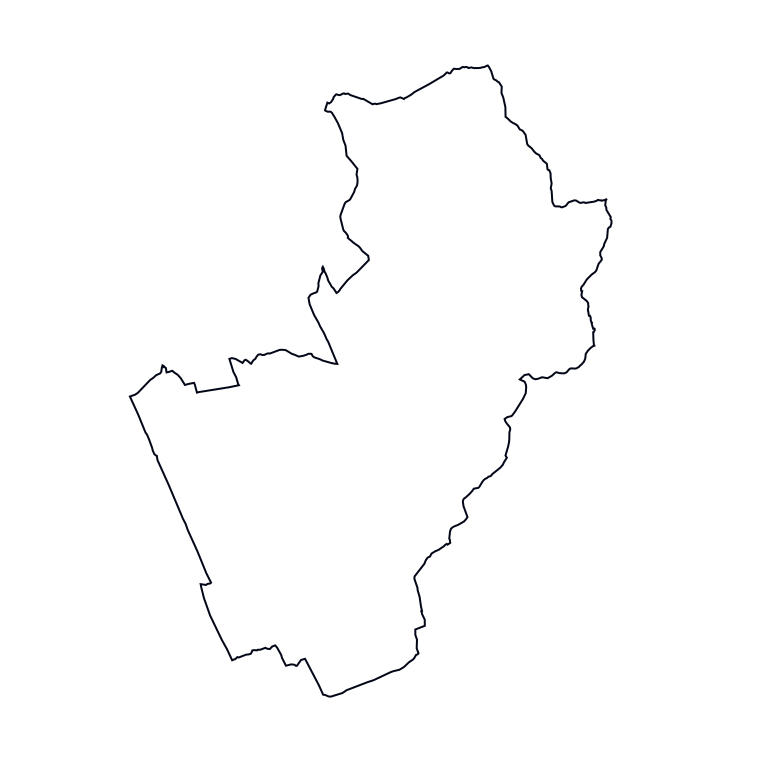 Margaritesti, Buzau, Romania (Robinson projection), rotated 80°
{"feature_id": "2599482B16167443688776", "entity_name": "Margaritesti", "entity_type": "district", "adm_level": 2, "iso_a3": "ROU", "parent_name": "Romania", "parent_adm1": "Buzau", "projection": "robinson", "projection_center": [26.823, 45.435], "detail": "fine", "context": "isolated", "style": "outline", "palette": "ink", "viewbox_px": 768, "rotation_deg": 80, "n_neighbors": 0, "source": "geoboundaries", "source_scale": "gbopen_adm2", "svg_char_len": 6122}
<svg xmlns="http://www.w3.org/2000/svg" viewBox="0 0 768 768"><g transform="rotate(80 384 384)"><path d="M352.2,636.4L371.8,631.3L390.4,627.3L392.6,626.2L397.7,625.0L406.9,623.4L409.4,623.3L413.2,622.3L414.6,621.2L415.3,620.2L419.5,620.3L445.4,613.7L481.7,605.4L487.5,603.6L493.4,602.7L516.4,596.8L539.6,591.8L549.6,588.8L550.3,589.9L550.2,592.4L551.0,594.1L549.3,599.3L552.3,599.3L563.5,598.5L581.6,595.5L608.0,588.1L617.8,584.7L629.7,581.5L628.9,577.9L627.5,575.9L628.1,574.5L626.6,566.8L626.8,564.6L626.6,562.2L625.6,561.2L623.5,559.9L623.5,558.1L624.3,555.2L623.8,554.5L624.2,552.0L623.2,546.6L624.4,545.1L625.2,542.5L623.1,539.6L622.5,536.6L624.9,535.1L632.9,532.3L636.0,532.0L644.4,529.5L644.0,524.1L644.9,521.0L646.4,519.5L646.3,518.6L641.4,513.7L640.9,509.5L669.5,500.4L679.4,497.9L680.0,496.0L681.9,493.1L682.5,491.6L682.6,490.2L681.1,478.5L679.0,473.9L674.8,452.1L673.9,445.8L668.9,427.4L668.4,424.3L668.1,418.5L666.6,414.5L665.7,412.7L662.4,407.8L660.4,403.4L659.4,402.0L656.4,399.5L656.1,397.9L655.2,396.8L650.0,397.7L641.5,395.9L636.5,396.7L631.2,395.8L629.2,385.8L623.2,384.8L617.8,386.3L614.3,386.7L614.3,386.0L609.5,386.2L599.8,385.9L592.7,386.7L590.9,386.4L581.1,387.9L578.8,387.3L568.0,375.4L564.9,373.5L562.5,371.1L561.9,368.7L559.2,366.6L557.6,362.5L556.8,359.0L554.1,353.1L553.0,351.6L552.4,349.9L553.2,349.3L552.0,346.4L548.8,346.2L547.6,346.6L540.8,344.6L538.2,343.2L537.1,341.5L536.4,339.4L535.6,335.5L533.3,329.1L531.3,326.5L529.5,324.9L518.3,326.9L513.6,326.8L512.2,326.3L510.9,325.3L509.7,322.9L507.1,318.8L504.8,315.9L502.7,313.7L502.6,309.1L502.1,308.2L497.3,304.0L495.8,302.3L495.0,300.8L494.5,298.9L493.5,297.3L493.1,294.7L491.6,293.1L486.6,284.0L484.1,280.9L482.2,279.7L477.9,275.8L475.6,276.8L467.1,272.6L463.6,271.2L460.7,270.3L453.5,268.9L450.4,267.5L448.6,267.5L444.1,270.0L441.8,271.0L439.4,271.3L438.0,268.2L437.8,264.5L437.3,263.3L434.0,259.8L422.8,249.7L417.6,246.0L411.7,244.5L409.1,244.4L406.2,245.1L403.1,249.5L399.6,244.1L399.5,240.1L399.5,239.7L404.0,236.6L405.0,235.3L405.6,234.1L405.6,231.5L404.8,227.1L406.7,221.9L405.1,217.3L402.6,213.3L402.4,212.0L403.8,209.2L404.8,205.0L404.3,202.3L401.6,199.0L401.2,198.0L401.1,197.0L402.0,193.2L402.0,191.8L401.0,189.0L399.9,187.7L399.1,186.1L396.7,183.2L394.0,181.4L389.4,180.1L386.7,177.5L384.5,174.5L383.0,171.6L382.8,170.2L382.0,170.5L377.0,170.1L369.3,169.0L369.2,168.3L368.2,167.7L367.8,167.2L366.2,167.0L365.9,167.2L365.9,168.4L360.5,169.0L359.7,168.5L358.8,169.2L356.5,169.3L354.7,168.9L352.6,169.3L352.6,170.1L351.7,170.4L347.8,170.2L347.4,170.5L344.5,169.8L343.4,169.1L342.0,169.2L339.7,168.9L337.5,169.9L332.8,174.0L330.5,174.1L326.9,172.7L326.5,173.6L324.1,173.4L322.6,172.5L321.0,170.4L316.3,166.2L312.3,160.5L310.5,156.9L309.6,155.7L308.9,155.1L302.9,151.8L299.6,148.1L298.1,147.7L294.8,148.7L291.6,148.1L286.5,143.6L284.5,142.9L278.8,138.9L270.2,136.6L269.1,135.5L268.4,133.7L265.3,132.1L262.7,131.6L260.7,132.4L259.0,131.7L251.3,134.7L248.8,134.5L246.5,135.1L242.2,133.9L240.2,132.5L241.1,133.9L241.3,137.8L240.8,138.3L240.8,139.1L239.8,141.4L240.3,142.2L240.9,145.1L240.7,154.1L239.9,155.3L239.7,156.1L239.8,158.8L239.4,159.9L236.6,163.1L236.2,164.7L237.1,170.6L240.2,174.2L240.9,178.0L240.7,178.8L239.7,180.0L239.0,183.6L238.6,184.8L237.9,185.5L234.0,186.6L223.1,185.4L220.3,185.8L215.6,184.1L210.5,184.1L205.4,183.4L202.2,184.1L201.7,185.1L200.9,185.7L195.8,185.4L195.2,185.5L191.8,188.5L189.8,189.3L188.4,190.5L185.7,191.2L183.2,194.3L181.1,195.8L177.6,197.6L174.1,200.6L172.6,201.3L163.3,201.3L159.3,203.1L158.0,204.3L156.8,206.1L152.6,207.7L150.0,210.5L149.5,211.5L147.5,213.6L143.9,216.2L142.0,217.9L132.5,216.4L122.5,216.8L117.9,217.8L111.6,216.4L107.0,218.3L105.9,219.7L104.7,220.5L103.0,222.8L102.3,223.2L94.6,224.1L90.3,225.5L88.4,226.4L88.3,226.8L89.3,230.4L89.2,232.5L89.4,234.1L89.0,238.1L88.6,238.9L88.7,240.1L87.4,243.1L87.5,246.0L86.5,246.9L85.9,248.3L86.1,249.7L85.4,251.5L86.8,254.8L86.4,258.0L85.7,260.1L85.7,260.6L87.4,262.8L89.4,264.6L89.4,266.0L88.3,267.3L88.1,268.1L90.5,271.5L96.5,287.4L101.7,303.1L104.0,307.5L105.6,311.8L106.1,314.0L106.8,314.8L104.6,318.1L104.6,318.9L105.5,323.7L107.0,338.4L107.1,342.8L106.5,343.8L106.3,345.5L106.6,346.6L99.6,354.9L99.5,356.3L93.6,367.0L91.8,368.8L91.6,372.0L90.8,373.0L91.1,374.9L91.9,377.0L91.5,378.6L90.5,380.4L90.7,381.3L92.7,383.7L94.6,384.7L97.2,387.2L98.2,389.3L97.1,390.9L104.2,394.6L104.7,394.3L106.2,391.9L106.3,390.2L106.7,389.1L107.9,388.2L112.4,386.4L119.1,384.1L129.6,381.7L136.5,381.7L142.6,380.5L152.8,381.2L158.4,377.8L167.5,372.8L173.0,374.7L175.8,374.4L179.1,374.7L181.9,375.4L184.1,376.3L186.9,378.7L189.8,380.1L196.3,385.3L196.9,386.2L198.3,390.2L199.9,391.6L209.8,397.3L211.2,397.9L213.4,398.1L224.6,397.3L226.1,397.0L228.5,395.3L231.3,394.0L232.4,393.8L233.8,394.3L239.8,389.3L244.0,385.1L245.6,384.0L249.4,382.2L255.0,377.3L259.3,377.4L269.5,391.6L271.6,396.0L275.7,402.2L282.9,410.6L284.0,411.4L285.4,413.3L286.1,415.0L281.2,417.0L279.3,418.5L272.4,421.0L269.3,421.3L264.2,422.5L262.9,423.1L260.2,423.2L257.9,423.9L258.5,424.4L259.7,424.9L262.9,424.8L266.0,427.8L273.3,431.1L276.4,431.5L281.4,433.8L282.0,434.7L282.5,437.8L283.3,440.8L286.0,443.4L292.5,443.4L303.8,440.9L312.2,437.9L316.2,436.9L323.6,434.2L330.0,432.7L332.5,431.7L356.1,426.5L355.4,429.2L354.2,432.2L351.3,438.2L350.4,440.1L348.3,443.1L345.8,447.8L344.3,449.3L341.7,450.2L341.1,453.3L341.6,454.7L342.2,458.4L342.2,463.2L339.7,466.9L338.4,469.4L333.9,474.5L333.3,475.7L332.4,479.3L332.3,480.9L334.2,491.2L333.7,492.6L333.7,493.4L334.6,497.1L334.4,498.5L333.2,500.7L333.3,502.8L334.7,504.5L336.9,506.4L337.8,508.2L339.2,509.8L341.0,511.2L340.7,511.8L338.5,513.5L336.1,515.9L336.4,517.3L338.7,519.6L333.5,525.9L332.1,529.3L332.4,531.9L346.0,530.2L351.7,528.4L358.5,527.7L360.0,527.1L360.3,536.5L359.8,567.7L360.0,569.7L351.8,570.4L349.9,570.9L350.0,576.7L350.4,580.2L342.9,583.2L339.2,585.5L336.1,588.7L334.2,590.2L334.8,594.1L334.8,596.1L330.3,596.1L329.1,597.2L329.1,597.7L328.3,597.6L327.2,598.9L329.2,599.9L333.2,601.2L334.7,602.6L335.7,606.7L338.0,610.4L339.4,613.5L350.0,628.0L351.3,631.0L352.2,636.4Z" fill="none" stroke="#020617" stroke-width="2"/></g></svg>